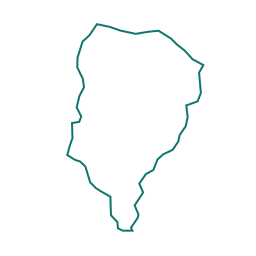 Vikla, Limassol, Cyprus, rotated 102°
{"feature_id": "46923920B11436010239704", "entity_name": "Vikla", "entity_type": "district", "adm_level": 2, "iso_a3": "CYP", "parent_name": "Cyprus", "parent_adm1": "Limassol", "projection": "natural_earth1", "projection_center": [33.205, 34.827], "detail": "fine", "context": "isolated", "style": "outline", "palette": "teal", "viewbox_px": 256, "rotation_deg": 102, "n_neighbors": 0, "source": "geoboundaries", "source_scale": "gbopen_adm2", "svg_char_len": 843}
<svg xmlns="http://www.w3.org/2000/svg" viewBox="0 0 256 256"><g transform="rotate(102 128 128)"><path d="M50.8,67.4L47.3,79.2L40.6,88.5L36.1,97.6L31.4,104.9L26.5,118.4L30.0,129.1L34.3,140.0L34.3,155.5L32.9,167.0L32.9,179.9L36.0,181.2L45.3,185.0L52.9,190.4L69.7,192.0L79.3,190.2L89.1,182.5L97.2,179.5L106.8,182.2L118.5,182.5L126.5,176.1L132.1,177.0L134.8,183.8L149.4,180.2L157.7,181.3L160.1,181.4L167.1,181.8L170.2,173.1L170.7,167.9L174.5,161.7L189.0,153.7L193.5,146.9L195.7,141.0L198.9,130.9L209.4,128.4L217.0,126.4L222.2,118.8L228.2,117.0L229.5,111.8L227.5,102.4L224.9,104.3L213.8,99.8L210.4,99.8L202.3,105.4L187.9,99.8L180.1,105.4L169.3,100.9L163.8,94.5L152.7,92.6L146.4,88.1L140.1,79.8L130.8,76.0L124.2,76.0L114.2,71.9L104.9,71.9L93.8,75.7L87.5,65.5L78.6,64.0L59.0,70.0L50.8,67.4Z" fill="none" stroke="#0f766e" stroke-width="2"/></g></svg>